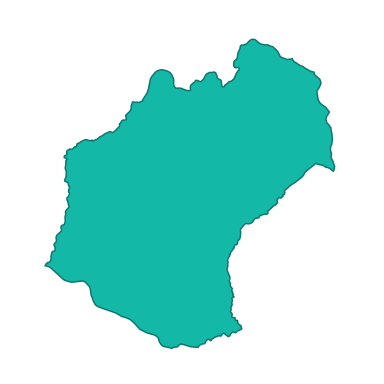 the district of Rivera, Huila, Colombia, rotated 275°
{"feature_id": "7082276B82824229693572", "entity_name": "Rivera", "entity_type": "district", "adm_level": 2, "iso_a3": "COL", "parent_name": "Colombia", "parent_adm1": "Huila", "projection": "orthographic", "projection_center": [-75.265, 2.78], "detail": "fine", "context": "isolated", "style": "filled", "palette": "teal", "viewbox_px": 384, "rotation_deg": 275, "n_neighbors": 0, "source": "geoboundaries", "source_scale": "gbopen_adm2", "svg_char_len": 5939}
<svg xmlns="http://www.w3.org/2000/svg" viewBox="0 0 384 384"><g transform="rotate(275 192 192)"><path d="M105.8,52.1L105.2,55.5L104.4,57.6L93.6,71.6L93.0,72.9L91.7,78.7L91.8,81.0L93.7,90.1L93.7,91.7L92.9,93.7L88.8,98.1L87.2,98.9L80.2,100.6L77.9,101.9L74.6,103.3L71.6,105.3L70.3,106.9L69.3,109.1L64.9,126.4L61.8,133.1L61.4,135.7L60.4,139.2L59.4,141.8L56.5,145.8L51.0,151.7L50.3,152.8L47.7,159.6L46.3,167.0L45.3,169.1L43.7,171.0L43.0,171.5L41.3,171.9L40.0,172.5L37.0,174.8L35.8,176.7L34.6,185.7L35.6,186.9L36.2,189.6L36.3,190.7L38.5,192.6L39.3,193.5L39.6,194.8L39.3,197.1L37.9,203.0L37.7,206.0L37.8,211.6L39.7,212.7L40.6,213.7L41.5,215.5L42.0,217.8L45.0,219.2L46.8,220.5L46.6,221.7L45.6,223.2L45.7,224.0L46.8,224.3L48.2,226.3L49.2,227.0L50.4,230.0L51.5,231.8L50.9,232.7L50.9,233.1L51.7,234.0L52.8,234.1L53.9,235.8L53.6,237.0L52.5,238.3L51.2,240.5L51.3,241.4L52.2,242.2L54.6,243.3L56.1,244.8L56.1,245.8L55.6,247.2L55.6,247.8L57.5,249.5L59.6,253.3L60.4,253.4L63.4,252.2L63.6,250.9L64.3,250.3L65.0,249.3L66.4,248.6L67.3,248.9L67.7,248.7L68.1,248.1L67.9,247.6L68.1,246.5L69.7,245.9L70.2,246.0L70.4,245.8L70.4,244.6L70.9,242.8L72.3,242.5L73.8,242.8L75.7,241.2L76.4,240.8L78.0,241.2L80.9,240.9L82.0,241.6L83.0,241.4L83.7,241.9L84.3,241.4L84.8,241.2L87.7,241.8L88.7,241.1L89.4,241.0L90.1,241.2L90.8,242.7L91.2,242.9L91.6,242.7L91.9,241.8L93.0,241.6L93.4,242.1L93.9,242.1L94.5,241.3L96.2,241.1L97.1,240.0L97.9,240.4L98.7,240.3L99.4,240.5L101.5,238.6L103.1,238.1L104.3,238.3L106.4,236.8L108.6,237.3L109.5,237.3L111.9,236.7L112.4,236.4L113.0,235.6L115.2,234.9L116.4,233.9L117.8,233.7L119.3,233.7L121.4,234.2L123.2,233.8L125.2,234.1L126.5,233.3L127.7,233.6L128.8,233.5L131.8,235.2L132.8,234.8L133.2,235.5L135.6,236.0L137.6,237.4L139.2,238.2L140.0,238.9L141.5,238.8L142.7,239.2L143.0,239.5L143.3,240.7L144.1,241.7L148.1,242.0L148.4,243.1L149.7,243.7L152.0,244.1L156.0,244.0L158.6,243.5L159.5,243.8L163.9,246.8L165.1,248.1L165.3,248.8L165.2,251.4L165.9,253.1L166.9,254.6L170.9,256.9L171.3,257.4L171.6,259.2L172.2,260.8L173.9,261.4L174.3,261.8L174.7,262.9L175.4,263.9L175.8,265.4L176.4,266.1L176.3,268.1L176.9,269.2L177.4,269.4L180.0,269.3L180.6,270.4L185.4,274.6L186.0,276.0L188.1,277.7L188.8,278.0L189.4,278.0L191.3,277.3L193.9,278.9L194.1,279.0L194.2,279.6L193.6,280.3L193.7,280.9L195.6,283.0L197.1,282.9L197.6,284.1L199.3,284.6L201.0,284.1L202.4,284.9L204.5,287.2L205.6,287.9L208.3,290.8L210.0,293.3L216.0,299.8L216.9,300.6L218.7,301.7L221.4,302.8L225.5,306.8L229.5,311.2L231.2,312.4L231.3,312.8L230.6,314.5L230.2,318.7L230.0,319.6L229.4,321.4L228.7,322.3L228.3,323.6L228.2,325.2L227.2,327.7L225.0,330.8L225.6,331.4L230.0,331.9L232.6,330.6L235.6,329.4L238.3,327.4L242.0,327.7L245.9,326.2L249.0,326.2L251.7,327.0L256.8,327.3L258.9,326.8L262.2,326.3L266.3,325.0L267.9,324.8L270.7,322.6L272.6,320.4L275.9,319.1L278.2,319.2L282.2,321.3L283.7,321.8L288.2,317.7L289.8,314.6L291.7,311.9L294.7,309.7L303.1,307.6L308.1,310.0L311.1,311.0L313.2,310.5L315.8,309.3L317.1,307.1L319.4,304.1L320.4,303.5L322.0,303.2L322.8,299.0L325.2,293.9L326.9,291.2L327.0,289.9L328.3,286.9L329.9,284.3L330.2,283.2L331.2,281.9L332.5,280.8L333.6,280.3L333.0,278.8L332.3,275.0L334.1,268.9L335.1,267.8L339.2,265.3L340.8,263.6L343.7,259.9L344.5,255.9L345.1,255.5L345.0,249.7L345.4,248.0L346.5,245.4L348.6,242.6L349.4,241.1L349.4,239.0L349.1,237.8L347.0,235.5L344.4,233.6L343.0,230.7L342.7,228.8L342.4,228.1L341.6,227.5L339.1,227.3L335.1,225.8L332.9,225.5L330.8,225.5L329.0,225.1L327.9,224.7L326.8,223.3L325.8,222.5L324.3,222.3L321.4,222.5L319.8,223.7L319.5,224.9L320.0,226.0L320.1,227.2L319.7,227.8L318.9,228.2L317.9,228.2L317.0,227.4L314.2,225.9L309.1,224.2L307.8,223.4L306.1,221.8L305.4,220.3L305.2,219.3L303.8,218.2L301.3,215.5L299.9,214.9L299.4,214.3L299.3,213.7L299.9,212.6L304.6,211.6L305.6,211.2L306.3,210.6L306.6,209.2L307.1,208.2L308.0,207.2L309.2,207.0L312.4,205.4L312.9,205.1L313.3,204.1L313.4,203.2L312.7,201.0L312.8,200.1L312.6,199.0L310.9,196.2L308.6,194.9L305.5,193.7L302.9,191.4L302.7,190.4L303.6,187.7L303.6,186.2L303.3,185.7L301.9,185.3L301.1,184.1L299.5,182.5L298.1,181.4L296.6,181.1L293.4,181.7L292.9,181.3L292.7,180.0L292.8,177.5L294.4,171.9L294.4,169.5L294.0,168.0L294.1,167.1L294.7,166.0L295.6,165.1L297.0,164.6L298.1,164.3L302.2,164.0L303.5,163.6L306.7,161.8L308.7,160.2L309.4,159.0L310.3,157.0L310.9,154.0L311.2,151.1L310.6,148.9L309.5,146.6L308.2,145.1L305.0,142.9L303.3,141.8L300.9,140.7L290.7,139.6L286.3,138.5L282.0,136.1L279.8,135.0L278.3,134.7L277.5,133.0L276.5,131.3L276.7,128.6L276.4,128.0L276.6,125.0L272.5,123.9L269.5,124.1L267.6,123.4L266.6,122.7L262.5,119.2L260.9,119.6L259.3,120.3L258.7,120.3L257.5,118.5L257.8,117.3L257.0,116.0L254.4,114.7L253.5,113.8L251.9,114.1L251.0,113.9L245.7,109.6L244.6,108.4L244.3,107.3L245.0,105.5L244.9,104.3L243.4,102.4L243.3,101.6L242.2,99.9L240.1,97.5L238.7,95.1L236.3,93.0L235.2,90.5L234.1,89.2L235.0,87.8L234.6,87.3L234.2,86.0L234.3,84.8L235.0,82.4L234.7,80.9L233.2,78.1L232.4,77.0L231.1,75.5L230.4,73.9L229.9,73.3L227.3,73.0L226.8,72.5L226.9,71.5L226.4,70.8L224.5,69.3L224.1,68.5L224.0,67.6L224.2,66.7L223.1,64.8L222.0,63.8L220.1,63.7L218.5,64.3L217.8,63.8L217.0,61.9L215.7,61.5L215.1,61.8L214.3,64.3L213.8,64.7L212.3,63.7L211.0,63.6L208.6,64.0L205.0,63.6L203.2,64.1L202.3,64.9L196.5,65.2L195.1,64.9L193.4,64.2L192.5,64.1L191.4,64.6L191.1,66.3L190.8,67.3L190.4,67.7L187.5,68.5L186.6,69.6L182.3,68.9L181.3,69.0L180.7,69.8L180.3,70.0L179.2,70.1L176.5,69.1L175.3,67.9L173.1,68.2L172.4,68.8L171.0,69.2L169.8,69.8L168.8,69.9L167.0,70.9L165.1,70.0L162.7,68.1L161.5,67.7L158.6,68.1L155.9,67.6L155.2,67.9L152.0,68.2L150.2,68.1L148.4,67.3L147.9,66.7L147.3,65.1L146.2,64.5L144.0,64.9L142.7,65.4L141.8,65.3L137.0,61.0L134.4,60.5L132.8,61.1L131.0,61.1L129.7,60.6L129.0,59.8L128.0,59.2L127.3,59.2L126.0,59.7L125.5,60.2L122.4,60.7L121.6,60.5L121.1,59.7L120.8,58.7L119.8,57.7L115.5,57.1L112.8,57.5L111.0,57.1L109.6,56.0L109.3,55.4L109.3,54.6L108.0,53.1L105.8,52.1Z" fill="#14b8a6" stroke="#0f766e" stroke-width="1.5"/></g></svg>